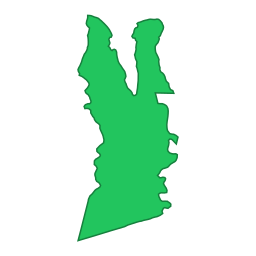 Maracanã, Pará, Brazil (Natural Earth projection)
{"feature_id": "56859067B55214548795281", "entity_name": "Maracanã", "entity_type": "district", "adm_level": 2, "iso_a3": "BRA", "parent_name": "Brazil", "parent_adm1": "Pará", "projection": "natural_earth1", "projection_center": [-47.491, -0.804], "detail": "fine", "context": "isolated", "style": "filled", "palette": "green", "viewbox_px": 256, "rotation_deg": 0, "n_neighbors": 0, "source": "geoboundaries", "source_scale": "gbopen_adm2", "svg_char_len": 4048}
<svg xmlns="http://www.w3.org/2000/svg" viewBox="0 0 256 256"><path d="M162.7,213.5L162.0,211.1L163.4,208.3L164.8,207.6L166.0,208.0L168.0,208.3L169.1,207.4L170.7,206.3L170.8,204.1L169.6,202.8L168.4,202.1L167.4,201.3L164.9,201.2L162.3,201.3L160.6,200.2L159.5,197.8L158.8,196.3L158.5,194.2L159.8,193.2L161.2,192.8L164.3,192.9L166.7,192.5L167.0,190.4L166.2,188.2L164.6,185.8L163.5,183.8L164.0,182.0L165.0,180.7L165.6,178.8L164.9,177.6L162.9,177.2L161.1,177.7L159.8,177.8L157.5,175.4L158.9,173.8L159.8,172.5L160.4,171.1L161.5,169.7L163.1,168.6L164.8,168.2L167.7,167.2L169.2,165.7L170.1,164.6L171.1,163.8L175.1,161.4L176.0,160.4L177.1,157.7L177.3,154.7L175.9,153.8L173.3,153.9L171.9,153.7L169.6,152.9L168.0,151.2L167.6,149.8L167.7,148.3L168.6,145.3L169.0,142.5L168.5,140.5L169.7,139.1L171.0,139.1L172.3,139.8L176.3,144.0L177.1,140.6L178.0,137.1L176.0,135.4L173.8,134.3L171.8,134.1L169.7,133.6L167.5,130.6L167.1,128.8L166.9,126.9L166.8,124.6L167.1,121.5L167.5,118.8L167.9,116.1L168.1,113.6L168.2,111.0L167.9,108.6L166.8,106.3L165.8,105.3L164.0,104.3L162.3,103.7L160.0,103.7L157.9,103.4L155.3,92.9L173.8,93.3L172.8,90.6L170.5,89.6L169.1,86.8L168.6,83.4L167.3,82.2L166.2,81.0L165.4,78.7L164.9,76.6L163.9,74.6L162.7,73.2L160.7,71.8L159.8,69.4L160.0,67.8L159.1,65.0L158.7,61.4L159.0,59.6L158.0,57.0L156.8,54.5L155.7,52.4L155.4,50.5L155.2,48.5L155.2,46.5L155.8,45.3L156.6,44.2L157.9,42.7L158.8,40.4L159.3,38.9L158.7,37.2L160.3,35.7L161.2,33.2L162.0,31.7L163.2,29.0L163.5,27.1L163.1,25.5L162.4,24.3L162.0,22.9L160.4,20.9L158.7,19.4L157.0,19.1L155.1,19.5L153.7,19.5L151.5,19.3L150.1,19.2L148.5,19.5L147.3,19.9L145.3,20.3L143.2,20.9L141.3,21.7L139.9,22.2L138.2,22.6L137.0,23.6L138.0,25.3L137.4,27.4L136.0,27.7L134.8,28.8L134.1,30.8L133.7,33.1L132.5,35.0L131.9,36.3L132.9,37.9L135.2,38.3L135.5,40.0L136.9,41.7L136.3,44.3L135.9,47.5L136.1,49.2L135.8,50.8L135.3,52.9L134.6,54.8L135.1,56.5L135.5,58.6L136.9,61.7L136.7,64.3L136.4,66.4L137.2,68.6L137.6,70.4L138.3,73.3L138.2,80.7L137.7,85.5L137.5,88.1L137.0,91.1L136.6,94.1L135.4,95.3L133.7,95.6L132.4,94.3L132.0,92.7L130.7,90.9L129.2,89.5L127.9,88.4L127.2,87.1L126.5,85.4L126.1,83.9L125.4,82.7L124.7,81.0L124.5,79.6L125.2,78.3L125.9,76.4L125.5,74.1L124.7,71.5L123.7,70.0L122.4,68.2L121.0,65.9L119.6,64.1L118.8,62.7L118.1,61.1L117.6,58.9L117.2,57.4L116.9,55.8L116.7,54.4L116.6,52.1L115.7,50.0L114.3,49.3L113.1,49.6L112.1,50.6L110.7,49.6L109.8,47.6L108.3,46.2L109.3,44.7L109.9,43.0L109.4,41.2L108.8,39.3L109.8,37.4L111.3,37.1L112.0,35.3L111.3,33.4L110.3,31.5L109.2,29.5L108.2,28.1L107.1,26.7L106.0,25.5L104.2,23.6L102.5,22.0L101.3,20.8L100.0,19.8L98.5,18.4L96.5,17.6L94.6,17.1L92.7,16.3L91.0,15.7L89.6,15.5L87.7,15.4L87.7,17.7L87.3,19.3L86.7,21.1L86.3,23.6L86.8,25.0L88.0,26.6L89.5,27.9L89.2,30.2L88.7,31.9L88.4,33.5L87.6,35.4L88.0,37.2L88.2,39.0L88.3,41.3L88.3,43.2L88.2,45.4L87.4,47.3L87.3,48.9L86.6,50.7L85.5,52.7L84.3,54.2L83.7,55.8L83.1,57.2L82.4,58.9L82.0,60.4L81.4,62.4L80.7,63.9L80.0,65.6L78.8,67.7L78.0,69.6L78.4,71.5L79.6,73.5L79.2,75.3L81.9,76.4L83.9,77.8L84.9,78.7L86.3,79.7L87.4,81.0L88.8,82.9L89.2,84.4L88.5,86.2L87.3,88.1L85.0,90.6L85.7,92.7L86.8,93.8L88.0,94.5L89.6,97.0L90.0,98.6L91.0,101.1L90.8,102.7L89.6,103.8L88.0,103.7L85.4,104.7L84.1,106.4L84.9,108.6L86.8,108.4L88.8,108.7L90.7,110.3L90.8,113.0L91.7,114.5L92.8,116.5L94.1,117.9L94.5,119.6L95.9,121.7L97.4,122.9L98.6,123.7L100.0,125.4L99.9,128.3L100.7,130.4L101.8,132.8L102.6,134.5L103.2,136.3L103.5,137.8L104.0,139.9L103.6,142.8L99.9,145.6L96.8,148.9L96.9,151.3L97.8,152.3L99.5,153.6L100.4,155.1L99.8,156.6L97.2,158.4L95.6,159.3L94.4,160.9L94.3,164.5L96.1,166.1L97.3,168.3L95.7,171.8L95.0,173.4L94.9,175.0L95.7,177.8L95.7,179.3L96.7,181.3L98.9,182.7L99.7,183.8L100.6,185.4L100.0,186.9L97.8,188.5L96.5,189.1L95.0,190.3L93.7,192.0L92.2,193.9L90.0,195.9L88.5,199.2L88.2,201.1L81.0,229.5L78.1,240.6L98.8,234.4L110.8,230.7L124.7,226.6L127.9,225.0L136.6,222.2L139.5,221.4L141.4,221.1L143.8,220.3L146.7,219.7L148.5,219.3L150.5,218.7L152.4,217.8L154.8,217.1L157.2,216.6L160.1,215.3L162.7,213.5Z" fill="#22c55e" stroke="#15803d" stroke-width="1.5"/></svg>